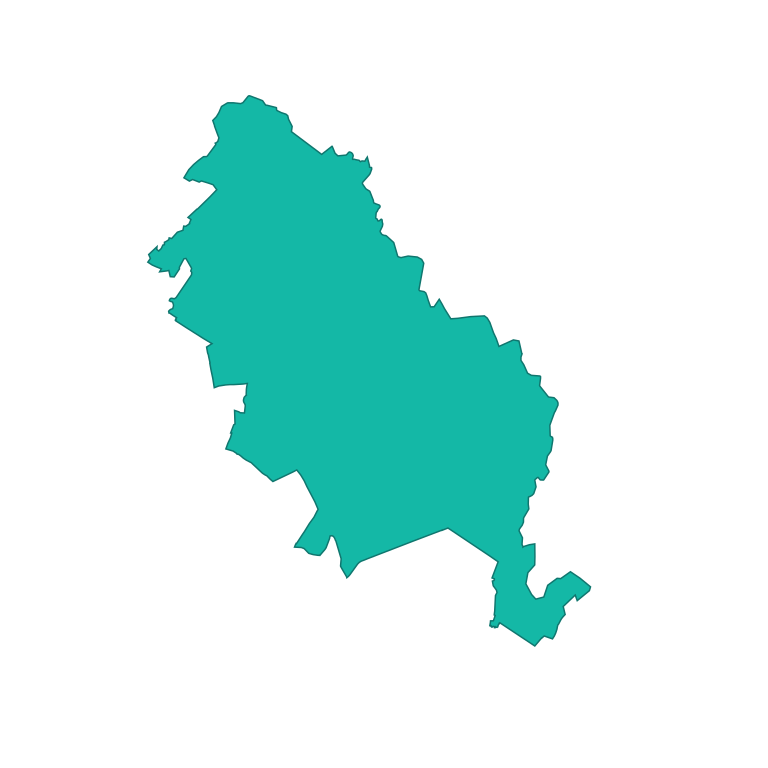 outline of Vecumu pag., Vilakas, Latvia, rotated 301°
{"feature_id": "27541924B24216055125897", "entity_name": "Vecumu pag.", "entity_type": "district", "adm_level": 2, "iso_a3": "LVA", "parent_name": "Latvia", "parent_adm1": "Vilakas", "projection": "natural_earth1", "projection_center": [27.805, 57.201], "detail": "fine", "context": "isolated", "style": "filled", "palette": "teal", "viewbox_px": 768, "rotation_deg": 301, "n_neighbors": 0, "source": "geoboundaries", "source_scale": "gbopen_adm2", "svg_char_len": 6135}
<svg xmlns="http://www.w3.org/2000/svg" viewBox="0 0 768 768"><g transform="rotate(301 384 384)"><path d="M237.1,648.2L247.4,649.9L247.4,650.1L250.5,651.1L252.3,659.7L255.8,659.8L259.1,659.4L263.0,658.5L265.0,657.7L267.1,657.1L268.1,657.3L273.2,657.0L275.0,657.1L277.0,657.4L279.7,658.0L285.6,652.2L301.6,656.6L297.8,661.2L312.6,666.5L316.5,665.5L318.5,652.0L319.1,640.5L308.2,635.7L306.6,632.5L295.8,628.0L283.7,630.7L277.8,624.9L279.6,618.9L285.8,608.5L296.4,604.5L306.5,606.4L313.7,602.3L324.6,595.6L321.1,591.4L316.9,587.7L315.8,587.1L316.2,586.9L317.4,585.1L317.8,584.8L323.5,581.9L327.5,575.7L327.9,575.3L329.5,574.8L334.1,575.2L337.4,574.7L340.7,572.8L341.5,572.6L351.5,572.5L355.2,569.6L361.0,566.3L361.5,566.1L362.2,566.4L362.5,566.9L362.9,567.1L364.7,568.2L367.1,568.8L374.1,567.3L379.1,562.9L379.6,562.7L380.2,562.8L382.6,563.6L383.0,563.8L383.2,564.2L383.3,564.4L382.3,567.1L382.3,567.4L383.7,570.0L384.1,570.3L393.4,570.7L394.2,570.3L397.8,564.5L398.3,564.1L406.4,561.2L411.8,561.6L413.0,561.5L422.8,557.6L424.1,556.8L425.1,555.8L425.0,553.8L425.2,553.1L434.0,547.4L447.2,544.8L449.1,544.8L455.5,544.0L457.4,542.9L458.5,541.5L459.0,540.4L459.8,536.8L458.5,533.8L458.0,532.8L457.6,531.6L462.4,518.8L462.9,518.1L469.2,515.4L470.8,514.5L471.1,514.2L471.1,513.9L471.1,513.4L467.3,505.8L467.2,501.4L467.4,501.2L472.5,493.9L474.8,489.2L477.7,487.5L481.0,486.8L481.0,486.5L490.4,477.5L488.4,472.2L475.4,463.2L480.8,456.7L484.3,451.5L491.3,443.0L493.7,438.5L494.1,435.0L486.4,423.6L478.3,413.4L474.3,407.7L479.7,397.1L482.4,392.6L485.1,387.7L476.0,387.2L474.1,384.2L478.6,378.7L481.7,375.3L483.6,372.8L483.8,370.7L482.3,366.6L482.5,365.9L482.8,365.4L507.9,355.9L508.1,355.7L510.2,352.1L510.0,347.2L506.1,338.8L501.1,333.5L500.6,331.7L500.4,330.5L500.5,330.1L500.8,329.7L509.9,319.9L510.3,319.4L512.0,310.9L512.2,309.5L512.1,308.9L511.4,307.4L511.1,305.4L511.4,304.4L512.6,302.2L513.2,301.9L518.3,301.4L520.4,300.6L520.9,300.2L521.8,299.2L523.6,297.9L523.9,297.3L523.8,296.7L523.1,296.4L521.6,296.0L520.7,295.0L520.8,294.4L521.8,293.4L521.8,291.8L521.9,291.5L522.4,291.2L526.3,289.3L527.4,289.0L528.3,289.3L531.0,289.0L532.8,289.4L533.6,289.4L534.3,289.1L534.7,288.6L534.9,288.1L534.9,287.5L534.3,284.6L534.0,282.0L534.6,281.3L535.9,280.3L541.7,272.8L541.9,272.3L541.9,268.8L542.1,267.6L544.3,262.8L544.9,262.1L545.3,261.9L546.3,261.9L555.5,263.6L556.7,263.7L557.7,263.6L561.8,262.8L563.0,262.0L563.1,261.7L562.4,260.2L562.4,259.9L563.8,259.0L569.9,252.8L568.9,252.8L567.9,252.7L565.1,252.8L563.9,250.3L562.4,249.2L562.9,247.4L561.9,244.8L561.3,242.7L560.5,241.7L560.5,241.3L561.9,240.6L563.7,240.1L564.4,239.4L564.9,238.8L565.3,237.9L565.5,236.9L565.4,235.8L565.1,234.9L564.6,234.5L563.3,234.2L562.2,234.1L560.7,233.6L555.8,227.0L556.6,223.2L560.9,217.4L561.0,217.0L548.7,212.3L552.6,174.7L557.5,172.6L561.8,165.8L564.4,163.3L564.8,161.0L563.7,156.2L563.3,151.4L563.6,150.8L565.4,149.5L565.4,149.1L562.7,140.2L562.1,138.9L564.3,134.0L562.0,121.1L561.6,119.9L561.0,119.5L560.5,119.3L552.5,118.2L550.5,116.7L547.5,110.2L544.6,105.4L544.2,105.0L543.5,104.6L538.2,101.8L531.6,102.7L528.6,102.7L526.8,102.7L521.7,101.5L518.1,105.8L517.8,105.9L512.3,112.7L510.0,115.7L506.2,116.6L504.5,116.0L503.5,115.3L503.2,116.0L502.8,116.3L502.4,116.5L490.0,115.3L488.5,115.2L487.5,114.7L485.9,112.2L480.0,109.8L474.1,107.8L467.2,106.3L457.7,106.3L457.7,112.7L460.7,114.6L461.9,121.6L464.0,122.9L465.8,130.1L466.8,134.8L464.4,140.6L454.7,138.4L437.8,134.0L437.6,133.6L425.8,130.2L425.6,133.8L421.1,134.4L421.1,134.7L417.1,132.9L416.2,131.0L412.2,132.5L407.7,128.7L399.4,127.1L398.6,124.6L396.8,125.2L393.9,123.8L392.4,122.8L390.3,124.0L389.2,122.9L385.4,123.3L382.0,122.4L382.3,119.9L384.8,118.7L373.8,115.6L371.3,119.1L366.8,118.8L366.6,124.0L367.2,128.8L368.1,133.8L364.6,133.9L369.1,139.6L370.5,141.1L365.9,145.5L367.7,149.0L377.3,149.4L378.6,148.5L388.3,148.0L389.6,149.6L384.5,158.8L383.9,159.6L381.3,160.2L380.6,161.8L378.3,162.8L351.0,161.3L349.1,160.4L348.2,157.9L347.7,157.3L347.2,156.9L345.9,156.8L344.8,157.1L344.8,157.4L344.9,158.8L345.3,160.0L345.2,160.7L343.9,162.3L342.6,163.3L341.0,163.8L340.2,163.9L339.8,164.1L338.2,162.8L337.5,162.4L335.6,161.9L335.3,162.0L334.2,163.1L334.4,163.2L334.1,168.5L334.0,172.1L332.6,172.0L331.5,172.2L331.8,172.7L330.9,173.0L330.5,185.1L330.0,205.3L330.0,215.8L324.3,212.9L319.9,216.7L318.0,219.0L317.7,219.1L312.5,224.0L312.2,223.9L306.7,228.7L300.7,234.3L293.4,240.4L297.2,243.4L301.7,248.8L304.1,252.2L306.1,255.5L311.4,263.2L314.1,266.6L310.8,267.8L308.7,268.7L303.8,271.4L303.6,271.8L302.5,271.4L300.5,271.0L298.4,271.6L297.5,272.0L296.4,272.9L294.7,275.7L293.5,276.5L287.3,279.3L285.3,275.6L285.4,273.9L284.4,269.5L273.0,276.9L271.6,276.2L263.0,277.8L263.5,278.8L258.7,280.1L252.9,280.7L246.9,281.9L248.8,289.2L248.6,293.1L248.2,294.0L248.8,295.7L248.6,298.1L248.0,301.5L247.8,305.2L248.2,311.0L247.9,312.0L245.0,325.4L244.9,326.4L244.8,329.2L245.0,330.7L243.7,335.8L243.2,339.0L261.6,351.2L265.4,353.5L263.1,359.5L260.0,365.4L256.4,370.7L249.0,382.9L247.4,385.5L242.6,392.1L240.6,392.1L233.7,392.6L226.0,391.9L216.5,391.8L213.2,391.6L202.1,391.2L202.1,390.8L200.4,390.9L198.1,391.3L201.3,397.4L201.8,400.4L200.1,406.7L201.3,411.2L203.3,416.0L204.0,416.7L204.0,417.3L211.7,418.6L213.8,418.7L223.6,416.9L224.7,416.4L226.1,416.1L227.2,417.7L227.3,418.8L226.9,420.2L226.2,421.4L225.0,422.9L224.6,423.7L212.1,437.3L205.8,440.4L205.3,440.8L204.3,442.5L199.5,451.2L198.8,451.9L200.8,452.6L202.9,453.0L216.1,454.1L218.4,454.7L220.5,455.8L222.6,457.5L225.7,459.8L263.6,489.3L287.1,507.8L288.9,509.2L288.7,509.3L293.5,513.0L291.1,562.2L290.4,573.4L273.4,576.5L273.9,578.8L273.7,579.1L272.2,579.5L270.9,578.4L267.3,581.6L265.3,586.4L263.6,588.2L263.0,588.3L260.1,588.5L246.5,595.8L242.8,597.4L242.9,598.5L237.5,599.7L237.3,599.6L235.8,597.3L234.4,598.0L231.3,599.2L231.3,599.6L231.8,599.7L232.0,600.0L231.8,600.7L231.2,601.1L231.1,601.3L231.8,601.8L231.6,602.1L232.8,602.9L232.6,603.5L233.3,604.2L233.0,604.5L232.2,604.5L232.3,604.7L233.6,605.8L233.7,606.3L234.5,606.6L235.5,606.2L237.0,606.0L237.8,606.3L238.3,605.9L239.0,606.2L237.1,648.2Z" fill="#14b8a6" stroke="#0f766e" stroke-width="1.5"/></g></svg>